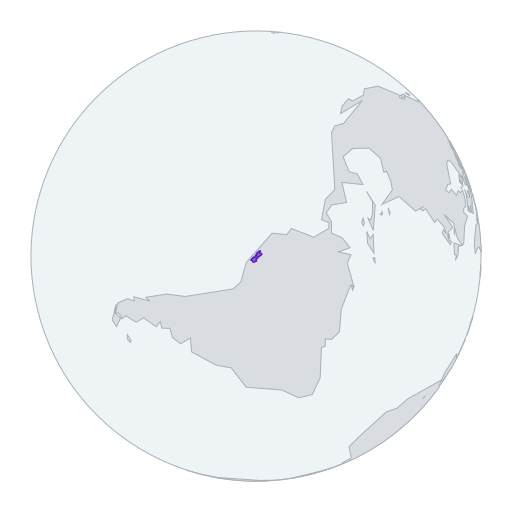 the Earth from above Lima, rotated 73°
{"feature_id": "PER-591", "entity_name": "Lima", "entity_type": "Department", "adm_level": 1, "iso_a3": "PER", "parent_name": "Peru", "parent_adm1": "", "projection": "orthographic", "projection_center": [-76.872, -11.804], "detail": "fine", "context": "on_globe", "style": "filled", "palette": "violet", "viewbox_px": 512, "rotation_deg": 73, "n_neighbors": 0, "source": "natural_earth", "source_scale": "10m", "svg_char_len": 7772}
<svg xmlns="http://www.w3.org/2000/svg" viewBox="0 0 512 512"><g transform="rotate(73 256 256)"><circle cx="256" cy="256" r="225" fill="#eef3f6" stroke="#a8b0b8"/><path d="M191.8,40.1L197.3,38.5L210.1,37.4L213.4,36.3L220.4,36.1L226.8,35.0L227.3,35.8L232.0,34.3L230.3,33.9L231.7,33.3L235.4,32.8L236.7,33.4L235.1,33.8L237.3,33.8L236.5,34.4L238.9,33.8L240.1,35.2L244.3,33.3L249.8,33.9L249.1,35.0L242.1,35.6L223.3,41.9L220.5,44.5L223.4,46.7L243.9,48.8L243.7,51.8L248.5,55.3L251.9,52.9L249.3,49.5L256.7,46.6L252.6,43.5L255.1,42.2L253.7,39.3L261.5,39.2L269.8,40.9L271.3,43.5L275.0,44.6L279.7,42.1L288.5,47.8L304.5,53.6L306.0,55.5L297.7,58.3L282.2,57.5L271.5,63.8L286.1,59.5L289.5,65.6L293.2,66.8L297.5,66.8L299.3,64.6L302.0,66.9L288.6,71.3L285.9,69.2L290.2,67.6L282.9,67.7L273.8,71.9L276.2,75.3L260.1,80.2L261.6,82.9L258.9,85.9L257.6,81.0L259.7,90.3L241.0,101.8L243.5,120.5L232.8,106.3L223.8,105.2L213.1,106.3L213.3,109.3L198.9,108.4L185.9,116.3L181.4,132.0L186.5,143.6L202.5,142.4L207.2,135.1L219.0,132.8L210.7,152.3L231.3,153.8L229.3,168.6L235.3,176.2L245.5,173.8L256.1,177.3L263.6,168.4L275.6,163.7L276.1,175.9L282.6,164.8L289.4,170.8L313.3,171.3L311.5,174.0L331.6,189.9L352.9,198.4L357.9,208.2L355.4,213.8L362.6,216.3L362.7,220.2L391.1,230.2L405.0,242.7L404.1,256.5L391.7,270.5L378.6,303.8L355.8,312.3L348.7,326.1L328.8,345.6L315.2,342.7L317.9,353.8L309.3,359.7L300.0,359.5L297.5,367.0L290.6,366.8L294.5,372.1L282.2,381.6L284.4,390.0L275.2,397.8L276.9,402.8L273.8,402.5L270.3,404.2L269.6,407.0L260.6,402.2L259.3,391.2L263.4,385.7L259.3,384.7L268.1,370.7L263.3,373.5L266.3,352.5L274.0,335.5L280.8,287.5L276.3,278.0L259.3,267.2L238.9,233.9L244.6,220.3L240.0,214.1L255.0,195.2L250.9,178.5L245.6,176.3L240.4,182.7L222.1,173.1L215.6,161.2L160.1,147.7L154.6,142.7L154.8,133.5L138.4,108.9L144.5,133.5L137.7,129.6L132.7,121.4L136.1,118.4L133.5,106.3L127.8,103.4L129.3,89.6L144.7,71.0L146.2,72.6L149.7,68.6L148.1,66.7L146.1,66.5L156.0,55.6L153.2,55.5L172.2,46.9L191.8,40.1ZM46.9,176.1L48.6,171.4L48.3,173.3L46.9,176.1ZM49.1,169.3L48.6,170.7L48.9,169.6L49.1,169.3ZM48.9,169.0L49.0,169.2L48.7,169.5L48.9,169.0ZM48.6,169.3L48.9,168.9L48.7,169.2L48.6,169.3ZM242.5,127.2L265.9,136.4L252.7,137.8L255.2,135.9L249.2,132.0L238.2,128.7L226.5,131.4L242.5,127.2ZM48.7,168.3L48.8,167.9L49.2,167.1L48.7,168.3ZM252.7,116.1L248.6,115.5L252.6,115.3L252.7,116.1ZM144.5,67.0L147.6,67.0L147.5,69.9L144.4,70.0L144.5,67.0ZM145.4,62.9L148.0,61.8L143.8,65.3L143.6,64.8L145.4,62.9ZM249.6,39.7L251.6,39.5L250.8,40.1L249.6,39.7ZM247.0,38.8L244.6,39.6L243.1,39.3L244.6,38.8L247.0,38.8ZM250.4,37.9L240.6,38.8L238.0,38.4L241.5,36.3L250.4,37.9ZM228.1,34.0L230.1,34.4L225.1,34.7L228.1,34.0ZM224.6,34.4L207.0,37.2L205.9,36.8L212.0,35.7L207.8,36.1L215.9,34.4L220.0,33.8L219.1,34.3L222.9,33.4L224.6,34.4ZM231.9,33.0L228.5,33.4L227.3,33.0L233.9,32.2L232.2,32.6L231.9,33.0ZM213.2,34.8L216.0,34.4L202.8,37.2L203.0,37.0L205.5,36.5L213.2,34.8ZM234.3,32.4L237.3,31.9L241.2,31.7L235.2,32.7L234.3,32.4ZM224.1,33.4L223.9,33.3L226.2,33.0L224.1,33.4ZM256.7,31.7L252.6,31.7L251.6,31.4L256.7,31.7ZM238.2,31.7L236.9,31.8L236.0,31.8L238.8,31.5L238.2,31.7ZM225.0,32.9L225.9,32.8L226.4,32.7L228.4,32.4L228.8,32.4L220.3,33.6L223.0,33.2L220.8,33.5L225.0,32.9ZM239.0,31.4L244.1,31.2L251.9,31.0L253.0,31.1L240.2,31.5L239.0,31.4ZM232.9,31.9L236.9,31.5L236.3,31.7L233.1,32.0L232.9,31.9ZM241.8,31.2L242.0,31.2L241.4,31.2L241.0,31.2L241.8,31.2ZM275.3,412.3L261.2,403.9L269.3,407.7L275.6,403.6L282.7,409.9L275.3,412.3ZM293.6,402.0L300.5,400.1L301.9,401.6L297.5,403.3L293.6,402.0ZM420.1,101.6L430.3,114.6L428.9,114.7L423.1,109.9L408.1,92.6L412.8,94.5L407.6,89.4L397.7,81.1L399.9,82.7L396.5,79.9L396.7,80.1L408.8,90.4L420.1,101.6ZM440.6,385.1L441.7,383.2L447.0,375.2L456.4,357.9L471.7,318.1L476.3,302.4L478.8,288.9L480.6,256.8L480.6,241.5L479.8,233.9L478.9,233.8L477.3,224.9L476.2,223.7L465.6,222.7L459.0,210.4L443.2,177.1L442.8,166.0L436.9,152.4L428.8,114.9L433.6,119.0L434.9,119.0L444.0,131.9L452.3,145.4L459.5,159.5L465.8,174.0L471.1,188.9L475.2,204.1L478.3,219.6L480.3,235.3L481.2,251.1L481.0,266.9L479.7,282.7L477.3,298.3L473.8,313.7L469.2,328.9L463.5,343.6L456.9,358.0L449.2,371.8L440.6,385.1ZM439.2,134.6L441.3,138.5L439.2,134.6ZM314.0,171.1L316.9,173.7L313.1,173.5L314.0,171.1ZM251.0,142.5L255.9,142.7L258.5,144.4L254.7,145.1L251.0,142.5ZM292.3,142.9L297.9,144.1L292.1,144.8L292.3,142.9ZM269.6,137.6L287.8,142.4L276.5,145.6L265.0,142.9L272.9,141.9L269.6,137.6ZM250.5,122.4L253.6,123.1L252.7,125.1L250.5,122.4ZM255.5,116.1L254.4,116.3L252.8,114.7L255.5,116.1ZM290.2,65.3L291.4,65.1L295.8,65.5L293.9,66.4L290.2,65.3ZM314.5,62.7L318.4,66.7L314.3,64.2L312.4,65.7L301.3,62.9L306.1,56.4L305.9,59.6L314.5,62.7ZM287.9,58.3L294.3,60.2L287.1,58.4L287.9,58.3ZM376.5,65.8L379.7,67.7L383.6,70.5L384.1,71.5L378.4,67.3L376.5,65.8ZM393.5,77.5L392.5,77.1L390.7,75.4L387.6,73.3L384.1,70.7L393.5,77.5ZM340.6,47.2L341.5,47.8L336.1,46.0L335.8,45.7L329.8,43.6L335.2,45.1L340.6,47.2ZM258.5,34.7L255.8,34.9L255.5,34.6L257.4,34.1L258.5,34.7ZM254.9,31.7L269.8,33.7L267.5,34.0L278.9,35.7L277.3,37.2L270.0,35.8L277.3,38.7L270.0,38.1L275.7,40.1L259.4,37.0L253.2,37.1L260.8,36.3L262.4,34.8L261.2,34.3L253.2,32.9L240.5,33.1L240.1,32.3L243.2,31.7L246.2,31.5L245.5,32.0L250.0,31.5L251.3,32.0L254.9,31.7ZM312.5,37.9L312.0,37.8L314.8,38.6L318.4,39.5L312.4,40.1L313.9,42.6L318.0,45.7L308.5,43.7L298.7,39.9L290.0,36.3L289.9,34.7L285.6,34.4L284.3,33.7L288.2,34.2L281.5,33.2L281.4,32.8L273.7,31.5L263.9,31.0L260.8,30.8L264.6,30.9L258.9,30.7L259.3,30.7L277.2,31.7L295.0,34.1L312.5,37.9ZM256.5,30.7L252.5,30.9L244.5,31.1L246.6,30.9L249.1,30.8L248.1,30.9L256.5,30.7Z" fill="#d9dde1" stroke="#a8b0b8" stroke-width="1"/><path d="M258.4,262.0L258.3,261.8L258.2,261.7L257.9,261.4L257.6,261.0L257.5,260.8L257.4,260.7L257.4,260.4L257.4,260.2L257.0,259.8L256.9,259.7L256.8,259.4L256.7,259.3L256.7,259.2L256.5,258.9L256.4,258.8L256.3,258.7L256.5,258.4L256.7,258.2L256.8,258.0L256.8,257.9L256.9,257.7L256.7,257.5L256.7,257.4L256.6,257.2L256.6,256.9L256.5,256.7L256.6,256.4L256.4,256.2L256.3,256.3L256.2,256.4L256.1,256.5L255.9,256.6L255.7,256.5L255.8,256.5L255.8,256.4L255.8,256.2L255.7,256.2L255.8,256.0L255.8,255.9L256.0,255.8L256.1,255.7L255.9,255.7L255.7,255.7L255.4,255.5L255.3,255.4L255.3,255.2L255.2,255.0L255.0,255.3L254.9,255.4L254.8,255.5L254.7,255.5L254.7,255.4L254.5,255.2L254.4,255.1L254.4,254.9L254.2,254.8L254.2,254.7L253.9,254.5L253.8,254.4L253.2,254.1L253.0,253.9L253.0,253.7L253.2,253.4L253.1,253.2L253.0,252.9L252.9,252.7L252.8,252.4L252.7,252.2L252.5,251.9L252.4,251.8L252.4,251.7L252.2,251.6L252.1,251.3L252.2,251.2L252.3,251.2L252.4,250.9L252.4,250.7L252.5,250.5L252.5,250.4L252.8,250.4L252.9,250.5L252.8,250.8L252.7,250.8L252.6,251.0L252.8,251.0L253.0,251.1L253.2,251.3L253.2,251.5L253.2,251.8L253.3,251.8L253.5,251.9L253.8,251.8L253.9,251.7L254.1,251.4L254.4,251.2L254.5,251.1L254.7,250.9L254.8,250.8L254.9,250.7L254.9,250.4L255.1,250.3L255.8,250.0L255.8,250.3L256.0,250.3L256.2,250.5L256.4,250.6L256.5,250.7L256.6,250.8L256.7,251.2L256.7,251.3L256.8,251.4L256.8,251.5L256.9,251.8L257.0,251.9L257.1,252.1L257.2,252.5L257.2,252.8L257.4,253.0L257.5,253.1L257.5,253.5L257.5,253.9L257.5,254.1L257.7,254.3L257.8,254.3L257.9,254.8L258.0,254.9L258.0,255.0L258.3,255.1L258.5,255.1L258.5,255.4L258.5,255.6L258.6,255.8L258.8,256.0L258.9,256.3L259.1,256.4L259.2,256.7L259.2,256.8L259.3,256.8L259.6,256.7L259.8,256.7L260.1,256.9L260.2,257.0L260.5,257.1L260.7,257.3L260.8,257.3L260.7,257.5L260.8,257.6L261.0,258.2L261.1,258.3L261.1,258.8L261.0,259.0L261.2,259.3L261.4,259.5L261.3,259.8L261.2,259.9L261.0,260.1L260.9,260.1L260.8,260.3L260.8,260.5L260.7,260.6L260.5,260.8L260.1,260.8L259.9,260.8L259.6,260.7L259.5,260.8L259.4,260.9L259.3,261.0L258.8,261.4L258.8,261.5L258.6,261.7L258.6,261.8L258.4,262.0L258.4,262.0Z" fill="#8b5cf6" stroke="#5b21b6" stroke-width="1.5"/></g></svg>